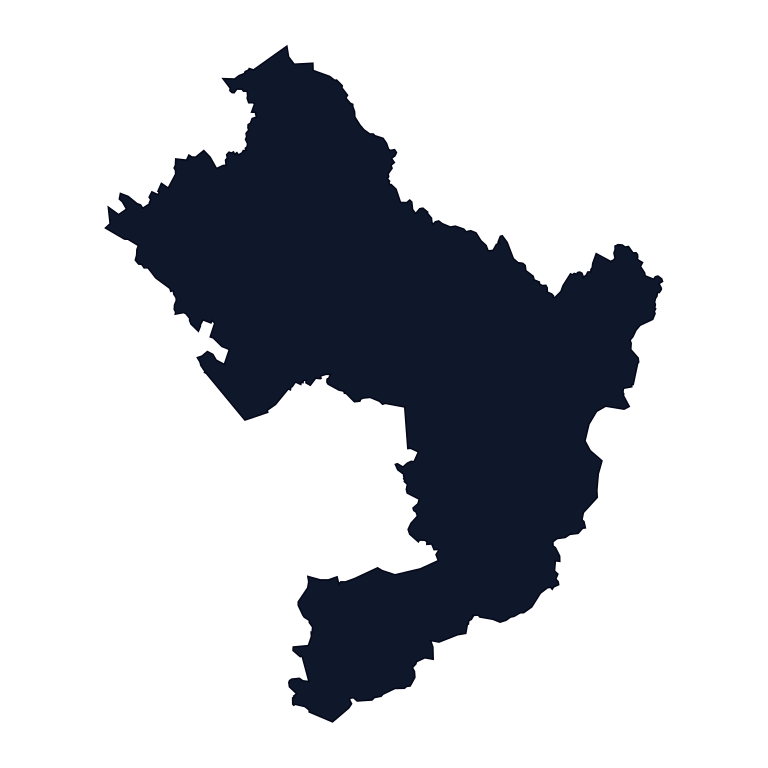 the district of Kinnegad Lea-5, Westmeath, Ireland
{"feature_id": "5873133B19400646094396", "entity_name": "Kinnegad Lea-5", "entity_type": "district", "adm_level": 2, "iso_a3": "IRL", "parent_name": "Ireland", "parent_adm1": "Westmeath", "projection": "orthographic", "projection_center": [-7.232, 53.592], "detail": "fine", "context": "isolated", "style": "filled", "palette": "ink", "viewbox_px": 768, "rotation_deg": 0, "n_neighbors": 0, "source": "geoboundaries", "source_scale": "gbopen_adm2", "svg_char_len": 6090}
<svg xmlns="http://www.w3.org/2000/svg" viewBox="0 0 768 768"><path d="M105.4,228.0L124.4,239.1L128.0,239.3L138.4,245.6L136.9,249.4L136.6,255.2L135.3,260.1L138.6,264.1L141.7,264.4L144.1,267.9L147.9,267.8L155.8,278.0L169.9,288.4L170.7,291.4L173.3,290.7L173.7,294.1L176.1,297.8L176.2,300.8L174.5,304.9L174.2,309.4L175.6,311.9L175.2,314.2L183.6,312.6L185.9,313.7L189.8,318.6L189.5,320.1L190.9,324.0L198.4,331.3L200.5,326.0L200.3,324.9L203.0,319.9L211.0,323.0L212.0,320.4L214.7,323.1L210.2,336.9L213.3,338.0L221.9,346.5L229.3,349.5L224.3,364.4L216.2,360.1L212.9,354.4L207.4,351.5L201.9,356.1L197.3,357.6L200.0,362.1L200.8,365.4L205.2,372.0L204.6,372.5L206.3,373.4L244.9,420.1L267.8,412.3L267.2,410.3L275.5,404.5L288.3,388.9L290.4,389.9L291.0,387.0L292.1,386.8L295.5,382.0L300.8,384.5L301.4,382.2L303.0,382.7L303.4,380.4L306.2,380.4L305.9,382.8L310.3,385.3L315.7,378.2L320.3,378.7L321.1,378.4L320.4,376.0L326.3,374.3L330.6,374.6L328.6,378.2L327.0,379.2L326.9,382.3L328.0,384.1L338.9,390.1L343.8,391.2L344.4,393.3L346.1,393.4L354.4,401.8L359.9,401.2L360.8,399.1L363.2,398.1L370.1,397.4L379.5,401.3L382.6,404.3L385.3,403.4L404.7,407.0L407.8,448.6L410.6,448.3L418.4,451.9L414.0,461.7L411.1,461.3L407.3,463.1L403.0,467.0L397.4,463.7L395.3,464.4L397.7,469.8L404.1,474.6L403.5,475.8L404.2,477.3L403.6,478.5L404.7,480.5L404.3,481.6L407.4,484.3L406.3,489.4L407.2,493.1L419.2,499.2L417.9,503.8L413.0,508.0L413.7,510.5L416.1,512.1L417.4,516.1L411.0,523.2L408.1,529.4L409.7,534.2L418.4,541.9L419.3,540.1L424.4,540.2L426.9,541.5L426.8,544.4L431.7,544.0L434.0,549.7L438.0,549.5L438.7,550.3L436.0,554.6L438.3,560.6L420.4,568.8L395.0,574.8L382.2,570.6L377.6,567.8L354.7,578.5L345.4,581.9L340.8,581.8L338.8,584.0L337.1,576.8L328.3,579.9L320.5,579.9L307.8,576.4L308.7,581.7L307.7,587.8L298.2,601.9L298.2,605.3L302.7,614.9L304.2,617.2L309.3,620.4L309.2,622.4L312.6,627.1L312.1,632.3L311.1,632.1L311.4,636.5L308.3,645.6L293.2,647.0L293.0,650.5L300.2,656.7L302.1,656.2L308.9,681.5L302.9,680.8L299.4,678.3L291.7,679.1L289.5,680.6L288.8,682.5L289.4,686.8L296.6,693.7L293.6,696.1L294.3,697.3L292.6,697.9L292.7,704.2L293.7,705.3L295.1,704.3L304.9,706.6L309.1,710.0L309.2,712.0L332.5,721.9L348.8,708.0L351.6,703.8L349.4,699.4L350.5,698.2L353.5,697.7L357.1,701.0L372.1,700.0L374.3,697.6L381.1,696.3L383.0,694.2L394.9,688.5L404.5,688.3L406.5,686.5L410.2,686.0L414.9,677.4L414.5,671.5L412.4,667.7L415.9,663.9L416.4,661.8L424.9,657.8L433.2,659.3L432.9,647.0L430.6,640.5L439.0,642.1L457.5,634.8L465.8,633.4L467.4,624.2L468.4,624.1L468.8,620.7L471.3,619.5L473.3,616.1L472.9,615.5L478.3,615.1L479.7,617.0L492.9,619.3L500.0,622.2L506.1,620.3L510.5,617.1L514.1,616.4L520.0,612.9L523.7,612.7L531.8,606.9L540.4,593.2L547.6,587.7L550.7,587.4L552.2,589.3L553.7,587.0L558.7,584.7L558.2,581.7L555.8,579.0L557.9,574.1L554.6,571.0L554.7,569.0L555.4,560.8L559.8,561.4L559.7,556.1L555.4,547.6L553.1,546.0L552.9,541.8L557.2,538.6L565.2,537.5L569.8,534.4L578.1,533.4L582.6,528.3L585.4,527.9L584.0,521.6L582.0,519.8L583.4,512.6L597.3,497.4L596.9,490.3L598.3,473.9L602.0,460.8L590.2,450.6L585.0,440.9L589.0,424.1L596.6,411.4L605.7,406.2L624.1,409.2L629.3,406.5L623.6,395.9L623.7,393.5L622.9,392.5L623.5,388.3L631.8,386.8L631.7,384.6L633.2,384.6L637.7,363.4L638.7,362.2L638.2,358.0L630.8,349.5L631.2,343.3L630.1,340.1L632.9,336.8L636.0,330.2L640.1,325.3L652.7,319.4L655.1,313.6L654.3,311.4L655.7,308.8L654.8,308.1L655.4,304.2L654.6,302.6L655.4,298.6L657.0,296.2L657.4,292.6L659.3,292.6L661.3,289.6L661.4,288.2L659.0,283.6L662.6,281.5L661.7,278.8L657.9,276.0L655.3,276.8L653.6,279.2L645.2,275.8L644.6,272.7L640.5,266.5L642.6,262.5L638.2,260.0L637.2,258.0L637.8,257.3L637.5,254.4L636.0,252.7L633.0,252.9L628.5,246.5L625.0,247.0L622.4,245.0L618.1,244.6L615.0,246.1L615.1,249.6L613.9,253.0L615.0,258.1L613.7,259.9L610.7,261.4L596.2,253.6L592.7,263.4L592.2,267.7L590.9,269.4L590.9,271.8L587.7,272.0L586.4,274.9L583.5,277.3L582.0,273.2L579.7,272.0L577.4,272.6L577.0,274.2L574.1,273.4L572.6,274.8L570.5,273.8L563.0,285.6L560.9,291.5L555.0,297.4L553.2,297.4L553.5,295.9L551.7,293.9L547.4,292.1L547.2,287.8L545.9,285.3L542.0,285.5L539.3,283.7L539.4,282.0L534.2,279.9L533.2,276.2L525.9,270.6L525.2,265.4L522.8,263.3L518.0,262.6L513.4,258.6L507.2,242.4L502.3,235.7L500.3,236.3L498.0,242.2L499.3,243.0L496.3,244.5L493.1,250.3L488.2,250.9L486.1,245.4L480.9,240.6L476.0,232.8L470.7,230.7L466.0,231.7L463.9,229.1L455.3,226.1L450.4,227.0L442.2,223.6L438.7,220.9L435.2,221.8L433.3,224.3L431.9,222.4L431.5,218.1L427.1,212.9L427.7,212.1L422.9,208.1L419.7,208.7L415.6,213.6L412.6,209.4L411.8,202.0L409.7,200.0L406.7,202.6L400.5,202.4L396.1,189.2L391.3,184.6L390.1,185.2L388.8,181.7L389.6,181.1L387.4,178.8L388.7,176.7L388.2,173.8L392.1,168.2L391.0,165.3L394.4,162.5L391.5,158.4L395.0,155.8L396.5,152.5L394.6,149.6L390.5,150.4L388.6,149.3L386.6,143.4L383.1,138.3L374.7,135.6L373.4,134.0L369.7,133.9L363.8,129.6L359.9,124.9L354.9,117.0L354.6,111.6L352.8,106.5L352.8,104.3L350.4,103.3L345.8,98.0L347.6,95.2L341.9,87.8L342.3,85.7L336.6,80.0L334.7,80.3L329.7,76.4L313.1,70.4L312.9,63.2L294.2,64.2L288.6,56.8L286.9,46.1L253.5,69.9L249.2,68.5L248.4,70.0L245.1,71.6L244.4,73.5L239.0,75.6L234.6,79.0L222.9,78.6L230.1,88.1L229.9,90.7L232.0,92.6L234.1,92.8L236.8,89.1L242.0,89.2L243.4,91.2L247.1,91.3L247.6,95.8L247.1,98.2L248.7,102.8L253.3,102.8L254.5,104.0L251.5,112.2L255.8,112.4L255.6,114.4L256.6,117.0L252.1,118.5L250.5,123.1L248.1,124.6L247.9,127.9L248.7,130.0L246.0,133.4L246.6,136.7L245.5,139.4L247.6,143.8L246.9,147.0L245.3,148.2L246.1,150.3L243.2,150.6L242.2,152.7L238.4,154.9L236.9,152.6L234.6,154.3L233.5,151.9L231.3,153.0L229.0,152.1L226.6,154.7L227.3,157.8L225.5,160.1L226.1,165.3L223.2,165.4L216.5,168.5L210.2,157.2L203.8,150.5L195.7,157.1L191.9,157.0L188.9,155.0L186.5,160.1L175.7,158.9L175.4,165.3L174.1,168.0L175.5,170.3L175.6,174.1L168.2,188.0L161.4,183.3L157.9,191.3L159.3,192.1L157.9,194.7L151.9,191.8L149.1,197.2L150.7,199.6L149.3,202.9L149.6,203.8L142.7,208.2L140.6,204.9L136.9,203.5L128.2,196.4L120.4,193.4L119.3,199.1L122.3,201.7L126.5,209.1L118.6,214.6L108.3,207.1L110.1,223.7L105.4,228.0Z" fill="#0f172a" stroke="#020617" stroke-width="1.5"/></svg>